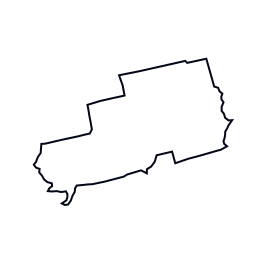 Sapiranga, Rio Grande do Sul, Brazil (Equal Earth projection), rotated 71°
{"feature_id": "56859067B79456883934450", "entity_name": "Sapiranga", "entity_type": "district", "adm_level": 2, "iso_a3": "BRA", "parent_name": "Brazil", "parent_adm1": "Rio Grande do Sul", "projection": "equal_earth", "projection_center": [-50.982, -29.624], "detail": "fine", "context": "isolated", "style": "outline", "palette": "ink", "viewbox_px": 256, "rotation_deg": 71, "n_neighbors": 0, "source": "geoboundaries", "source_scale": "gbopen_adm2", "svg_char_len": 1214}
<svg xmlns="http://www.w3.org/2000/svg" viewBox="0 0 256 256"><g transform="rotate(71 128 128)"><path d="M176.7,94.8L176.7,81.4L177.6,68.7L178.5,50.8L178.8,47.3L177.5,40.3L174.3,42.2L171.6,42.0L168.7,39.8L165.8,38.3L163.0,37.2L160.8,34.5L158.5,32.4L154.5,27.0L153.6,30.4L150.0,32.8L145.5,32.7L142.4,33.9L138.5,32.6L134.8,29.3L131.4,30.3L128.6,29.5L126.3,27.6L123.2,29.5L119.3,29.7L116.9,33.0L88.0,31.4L85.7,50.8L83.2,52.0L77.9,99.6L75.2,119.3L86.1,119.2L96.2,120.7L94.6,134.5L93.4,145.4L92.9,158.8L96.6,159.3L100.2,159.9L103.5,160.5L110.0,161.4L117.5,162.6L120.8,165.9L120.1,172.1L119.7,177.3L118.7,185.4L117.5,195.3L115.9,211.1L114.8,215.1L123.2,218.7L126.1,222.7L130.1,226.0L132.0,229.0L135.6,227.8L137.9,224.9L141.1,226.4L145.2,224.8L149.3,224.1L153.0,221.8L155.4,218.1L158.2,218.6L159.5,222.2L161.6,224.3L163.2,220.7L164.5,215.9L166.8,212.0L167.7,207.3L170.7,206.8L173.6,207.8L176.3,209.7L177.8,215.1L180.2,212.8L180.8,209.4L178.0,205.7L174.1,202.6L171.0,199.1L167.9,197.8L165.7,195.2L167.1,189.6L168.2,184.6L169.5,180.1L171.1,167.7L172.6,147.8L171.7,144.2L172.3,129.4L177.0,125.0L173.1,123.5L172.0,118.7L168.7,113.8L163.1,109.8L164.7,94.0L176.7,94.8Z" fill="none" stroke="#020617" stroke-width="2"/></g></svg>